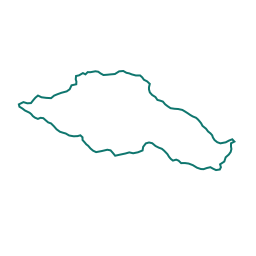 outline of Jesuânia, Minas Gerais, Brazil, rotated 254°
{"feature_id": "56859067B57455178393428", "entity_name": "Jesuânia", "entity_type": "district", "adm_level": 2, "iso_a3": "BRA", "parent_name": "Brazil", "parent_adm1": "Minas Gerais", "projection": "equal_earth", "projection_center": [-45.279, -22.008], "detail": "fine", "context": "isolated", "style": "outline", "palette": "teal", "viewbox_px": 256, "rotation_deg": 254, "n_neighbors": 0, "source": "geoboundaries", "source_scale": "gbopen_adm2", "svg_char_len": 1956}
<svg xmlns="http://www.w3.org/2000/svg" viewBox="0 0 256 256"><g transform="rotate(254 128 128)"><path d="M143.2,61.5L141.5,64.0L139.9,66.6L137.0,69.4L135.0,73.5L134.1,77.3L134.1,80.2L131.6,81.7L129.0,81.0L126.1,82.4L123.8,83.4L121.9,84.8L118.6,86.3L115.8,88.2L113.6,90.7L113.1,96.2L112.8,102.1L111.3,105.1L108.4,106.5L104.9,108.0L104.6,112.9L104.2,118.5L104.2,122.5L102.3,126.0L101.9,130.8L102.4,135.8L105.7,137.4L108.3,140.9L108.3,144.2L106.7,147.1L103.1,149.5L100.6,152.2L98.7,154.8L96.5,156.3L94.3,157.5L92.0,158.7L89.0,159.5L86.5,160.6L84.3,162.2L84.3,165.6L82.7,167.6L79.6,169.4L78.6,173.1L77.1,176.5L74.4,180.1L70.8,183.4L68.5,186.7L67.6,189.3L67.8,192.8L67.6,196.4L65.4,198.6L63.3,201.0L62.8,204.8L64.7,206.5L67.7,206.5L69.2,211.3L72.9,213.8L74.7,217.6L76.7,220.1L79.3,221.6L81.8,221.9L84.9,222.8L85.6,226.5L88.4,225.1L88.1,221.7L87.3,218.0L87.8,212.6L89.7,209.9L92.5,207.9L95.5,207.0L97.8,206.9L100.1,205.8L102.6,204.0L105.8,202.8L109.5,200.2L112.4,199.6L114.8,198.6L117.1,197.5L119.1,196.2L121.3,193.4L123.4,191.4L125.6,189.6L128.4,187.1L130.4,185.2L132.4,181.5L133.7,177.9L135.3,174.4L138.0,172.1L140.6,170.2L143.8,168.8L145.4,166.5L146.9,164.0L150.2,162.9L153.1,160.3L156.2,158.8L159.3,158.8L161.4,159.4L164.4,161.1L167.6,159.2L170.0,156.6L172.8,155.6L175.2,154.1L176.4,149.9L178.5,146.4L180.2,144.2L181.5,141.7L184.1,139.2L184.9,135.1L183.5,130.3L184.4,125.7L184.9,122.8L185.7,119.0L188.1,116.6L190.3,114.9L191.5,112.3L192.0,107.3L192.8,104.6L191.3,101.9L193.2,99.8L192.1,95.4L192.3,92.4L189.3,91.2L186.8,91.2L184.3,90.3L184.6,85.5L181.3,82.6L180.1,79.2L180.2,73.7L179.9,69.5L179.5,65.9L177.9,62.3L179.5,57.7L181.4,53.3L184.0,50.4L182.7,47.4L181.0,44.8L178.7,41.6L179.5,38.0L181.7,34.6L180.8,29.6L178.4,29.5L175.8,31.9L173.3,33.7L171.5,35.7L169.8,37.6L167.9,38.9L165.7,39.8L163.6,41.4L161.6,43.9L161.9,46.7L160.8,49.3L158.1,51.0L155.4,52.8L153.6,55.3L150.2,57.2L146.4,59.0L143.2,61.5Z" fill="none" stroke="#0f766e" stroke-width="2"/></g></svg>